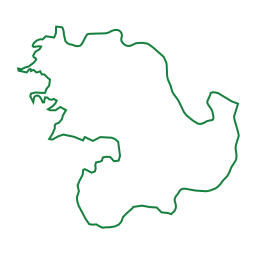 outline of Ōita, rotated 181°
{"feature_id": "JPN-1835", "entity_name": "Ōita", "entity_type": "Prefecture", "adm_level": 1, "iso_a3": "JPN", "parent_name": "Japan", "parent_adm1": "", "projection": "orthographic", "projection_center": [131.556, 33.207], "detail": "fine", "context": "isolated", "style": "outline", "palette": "green", "viewbox_px": 256, "rotation_deg": 181, "n_neighbors": 0, "source": "natural_earth", "source_scale": "10m", "svg_char_len": 2973}
<svg xmlns="http://www.w3.org/2000/svg" viewBox="0 0 256 256"><g transform="rotate(181 128 128)"><path d="M83.3,42.6L86.7,43.7L93.1,44.3L97.9,49.0L104.7,49.3L112.6,50.6L121.3,49.2L122.3,47.7L128.6,42.0L131.5,38.7L133.0,34.2L135.5,31.3L139.5,29.3L144.8,28.4L148.7,28.3L151.6,27.9L154.6,29.1L158.1,31.1L161.6,30.7L165.1,31.2L169.0,36.7L173.1,44.2L176.0,49.5L177.4,53.7L177.9,58.0L176.0,63.8L177.4,69.6L175.7,74.1L172.5,80.6L172.0,85.4L170.5,86.1L166.4,84.1L163.6,82.7L160.4,84.0L159.6,87.0L160.1,90.3L159.4,93.0L155.0,94.0L153.5,94.9L152.7,98.1L149.2,98.8L145.6,98.8L144.1,97.5L141.5,94.6L136.8,95.2L135.5,100.0L137.6,114.1L140.8,116.7L144.2,118.0L155.5,118.4L162.9,114.5L171.0,118.2L172.9,114.8L181.9,118.3L192.5,120.3L197.5,118.5L203.4,115.1L206.6,115.6L203.0,121.8L201.2,126.3L201.3,129.4L200.0,131.0L197.2,132.0L194.1,135.9L193.3,139.5L190.3,144.8L196.1,147.8L200.7,144.5L206.3,144.4L208.3,145.3L203.5,148.6L200.8,151.7L199.8,154.2L202.8,155.8L204.7,154.9L207.3,155.3L209.1,157.0L211.4,157.2L212.0,154.8L212.3,152.2L213.7,152.1L215.3,155.5L216.5,157.4L218.1,158.6L219.7,158.9L221.3,158.2L222.4,157.0L223.2,152.2L226.3,158.1L225.6,160.7L221.1,161.9L214.3,161.6L211.5,161.7L210.3,165.5L207.5,169.1L206.9,175.2L208.9,176.5L212.5,180.1L215.1,180.1L216.8,183.2L218.7,182.4L220.4,182.0L221.5,182.6L222.4,183.8L223.7,184.4L225.9,183.3L225.8,184.4L226.5,185.3L227.9,184.8L230.2,181.8L234.8,182.7L238.4,183.4L238.9,185.5L235.4,184.9L231.8,186.8L228.6,187.6L223.2,191.8L220.9,194.9L221.7,196.3L223.4,197.1L224.1,198.6L222.3,202.1L220.8,203.5L219.2,204.3L217.7,205.4L216.3,207.9L218.6,208.2L223.8,207.4L224.8,208.5L223.6,211.4L220.8,213.8L217.5,215.2L215.0,215.1L211.7,218.3L203.4,217.2L201.7,221.6L201.7,227.5L201.6,228.1L195.7,227.6L194.9,226.4L194.1,223.8L193.7,220.4L192.2,214.1L190.4,211.9L187.9,210.7L185.3,210.3L181.9,209.1L179.4,208.9L177.3,209.5L175.8,210.9L174.8,212.6L172.2,218.0L171.1,219.9L170.3,221.0L168.1,221.5L151.7,222.3L148.2,223.5L146.1,224.8L142.7,225.8L140.4,225.8L138.4,225.2L137.1,224.0L136.0,222.4L135.7,220.7L135.9,219.0L136.3,217.3L136.2,215.3L135.3,213.7L133.9,212.0L131.8,210.6L129.3,210.0L126.8,210.3L121.8,212.8L118.3,213.3L114.9,213.4L110.3,212.8L107.9,211.5L104.5,209.1L93.6,199.8L90.8,194.0L90.4,191.3L89.8,181.2L89.5,179.2L88.8,176.8L86.3,171.5L84.4,165.2L83.0,162.7L79.5,158.3L77.9,156.0L72.4,145.0L69.6,141.5L63.6,136.8L58.1,133.5L55.5,133.3L52.7,134.2L49.0,136.3L43.6,137.6L42.8,138.9L42.8,141.0L44.0,146.2L45.1,148.4L48.2,152.7L49.2,154.7L49.0,156.4L46.6,162.0L45.9,164.5L43.4,165.3L38.8,164.6L24.7,156.4L18.4,154.2L22.2,141.2L21.5,137.6L17.9,126.0L17.1,122.2L19.8,112.9L20.1,109.3L19.1,103.4L19.0,101.5L19.2,99.7L19.4,98.5L19.9,97.1L24.1,90.3L25.9,85.4L27.8,81.8L32.3,76.9L34.9,73.2L37.1,70.9L39.3,69.2L44.6,67.0L47.1,66.4L48.7,66.1L59.3,66.6L69.8,68.3L72.5,68.1L74.2,67.2L75.6,65.5L76.6,63.5L78.7,60.9L79.8,58.7L80.2,56.7L78.8,51.9L78.8,48.8L79.6,46.8L80.0,45.9L82.3,43.7L83.3,42.6Z" fill="none" stroke="#15803d" stroke-width="2"/></g></svg>